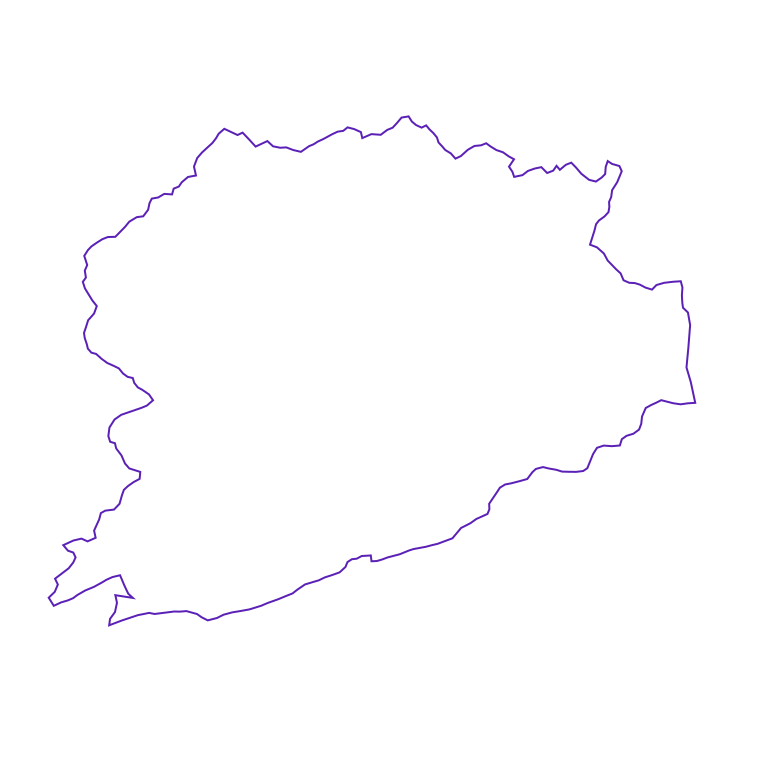 Jucás, Ceará, Brazil, rotated 6°
{"feature_id": "56859067B508683552133", "entity_name": "Jucás", "entity_type": "district", "adm_level": 2, "iso_a3": "BRA", "parent_name": "Brazil", "parent_adm1": "Ceará", "projection": "albers", "projection_center": [-39.616, -6.471], "detail": "fine", "context": "isolated", "style": "outline", "palette": "violet", "viewbox_px": 768, "rotation_deg": 6, "n_neighbors": 0, "source": "geoboundaries", "source_scale": "gbopen_adm2", "svg_char_len": 3954}
<svg xmlns="http://www.w3.org/2000/svg" viewBox="0 0 768 768"><g transform="rotate(6 384 384)"><path d="M183.8,167.1L178.8,172.8L174.6,178.8L172.3,187.6L175.2,196.3L167.4,198.6L161.7,204.6L159.3,209.1L154.4,211.7L153.4,217.6L145.6,217.9L139.9,222.1L133.7,223.9L131.9,228.6L131.2,235.4L127.0,242.4L120.7,243.9L113.7,249.2L110.1,254.7L106.0,259.9L101.4,265.7L94.0,266.7L88.8,269.4L83.7,273.4L78.7,277.7L75.6,281.7L72.5,287.9L76.4,296.7L74.6,302.5L76.4,309.3L73.8,313.9L76.6,320.2L85.2,331.4L90.2,336.5L88.3,344.2L83.1,351.5L81.6,358.9L80.3,364.6L81.6,369.6L84.2,375.3L85.8,379.8L89.7,383.4L94.6,384.2L100.5,388.5L106.5,392.0L113.0,394.1L118.7,396.2L123.3,400.8L128.3,403.7L133.5,404.3L135.5,409.0L139.5,413.1L144.1,415.0L151.3,418.9L156.0,424.3L150.4,430.3L145.4,433.0L136.0,437.4L125.9,442.1L119.7,447.5L115.5,456.0L115.3,464.6L117.7,470.1L122.6,471.0L124.4,476.1L130.4,482.5L134.7,490.1L139.5,494.6L145.4,495.8L150.8,496.9L150.9,503.9L145.4,507.6L140.2,512.1L136.4,516.4L135.1,521.6L133.5,530.8L128.6,537.1L120.0,539.1L115.9,542.0L114.9,548.4L111.0,560.1L113.3,567.1L105.6,571.5L99.3,569.4L91.5,572.1L81.9,577.8L87.1,582.8L92.6,584.1L95.4,588.7L93.6,594.0L89.7,600.2L77.2,612.0L80.6,617.5L78.3,625.1L72.9,631.6L78.8,639.1L85.6,635.0L92.1,632.3L97.2,629.5L101.1,625.9L108.4,620.6L116.7,616.1L124.5,610.7L128.3,607.8L134.1,604.4L141.5,601.8L144.2,606.7L146.5,610.9L149.0,615.1L151.6,619.3L156.6,623.0L138.9,622.1L141.3,629.5L140.3,638.9L136.1,646.2L135.9,652.7L147.8,646.7L163.4,639.6L169.6,637.7L174.3,636.2L179.9,636.7L199.1,632.2L204.9,631.7L211.2,630.5L222.1,632.3L226.9,635.0L233.4,637.5L242.3,634.2L248.6,630.2L256.9,627.0L265.3,624.7L273.8,622.2L285.0,617.4L291.1,614.0L301.5,609.0L308.5,605.2L315.0,601.8L319.3,597.6L326.4,591.6L335.2,587.9L339.6,586.1L345.4,582.5L352.0,579.6L359.5,576.0L364.8,570.0L366.3,564.9L370.4,561.6L375.1,560.6L379.8,557.4L388.8,555.9L390.1,561.6L395.4,560.8L400.5,558.7L405.7,556.1L417.4,551.7L426.2,547.0L430.5,545.1L442.7,541.5L448.7,539.2L453.9,537.4L468.2,530.3L475.7,519.1L484.5,513.4L489.9,508.6L500.5,502.4L501.9,497.6L501.1,492.1L507.6,479.9L510.1,475.0L514.9,471.3L520.8,469.5L528.6,466.6L536.4,463.5L540.7,456.3L543.9,452.6L550.8,450.0L556.8,450.8L564.2,451.3L570.3,452.5L576.8,452.0L584.3,451.3L591.2,449.7L595.0,446.5L599.3,431.7L602.5,425.2L608.9,422.3L617.2,422.0L625.0,420.5L626.3,414.0L630.6,410.2L637.2,407.4L642.4,402.7L644.0,396.7L644.0,389.4L646.8,380.5L652.0,376.9L656.6,374.2L661.4,371.1L667.4,372.0L673.6,372.9L681.1,373.2L688.4,371.4L695.5,370.2L688.9,350.0L683.1,335.9L682.9,316.1L682.3,293.4L678.8,281.1L673.4,276.9L672.2,272.1L671.0,264.7L670.7,256.8L668.4,250.8L660.8,252.1L652.0,254.1L644.6,257.1L640.7,262.1L634.0,260.8L628.0,258.4L622.8,257.4L617.3,257.7L611.4,255.8L607.8,249.3L602.8,245.6L599.0,242.4L593.5,237.8L589.1,231.3L581.5,225.8L574.3,223.9L577.2,209.8L578.2,202.9L580.7,198.9L585.7,194.4L589.3,189.6L589.6,184.3L588.8,179.4L590.4,174.4L590.6,167.4L594.8,159.0L596.3,154.0L598.2,147.5L595.3,142.6L587.8,141.3L583.2,138.9L581.8,144.9L582.0,152.1L578.9,155.9L573.6,160.5L566.6,159.5L558.3,154.3L552.5,148.8L547.1,144.3L541.9,147.0L536.5,152.6L532.8,149.0L530.0,154.1L524.2,157.1L517.8,151.9L511.3,154.0L504.8,157.1L499.9,161.8L491.8,164.4L489.5,159.5L485.6,154.8L489.8,146.9L484.3,144.6L478.1,141.1L471.3,139.6L464.9,136.5L460.5,133.9L455.5,136.5L449.1,137.8L442.9,142.3L436.6,149.3L431.5,152.4L426.4,147.7L420.5,144.9L416.8,141.4L413.0,138.1L410.9,133.3L407.0,129.4L402.7,126.1L398.9,122.4L394.6,125.1L388.8,123.1L384.3,120.1L380.5,115.3L373.6,117.2L369.4,123.4L365.8,128.2L360.6,131.0L354.7,136.5L345.4,136.8L336.7,141.7L334.7,135.9L327.7,133.6L320.9,132.6L317.0,136.5L311.5,137.9L306.2,141.1L298.1,146.7L292.7,149.9L289.0,152.9L284.6,155.3L277.1,161.8L269.3,160.8L262.1,158.9L256.0,159.9L248.8,159.2L242.6,154.6L231.5,161.3L224.4,155.0L217.1,148.8L212.3,151.7L198.5,146.9L193.4,152.4L191.3,157.1L188.1,162.3L183.8,167.1Z" fill="none" stroke="#5b21b6" stroke-width="2"/></g></svg>